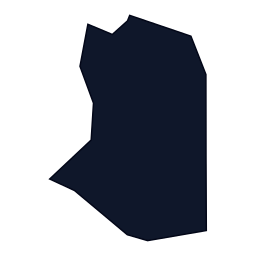 map outline of Aizkraukles (Albers equal-area conic projection)
{"feature_id": "LVA-5730", "entity_name": "Aizkraukles", "entity_type": "Municipality", "adm_level": 1, "iso_a3": "LVA", "parent_name": "Latvia", "parent_adm1": "", "projection": "albers", "projection_center": [25.215, 56.647], "detail": "fine", "context": "isolated", "style": "filled", "palette": "ink", "viewbox_px": 256, "rotation_deg": 0, "n_neighbors": 0, "source": "natural_earth", "source_scale": "10m", "svg_char_len": 322}
<svg xmlns="http://www.w3.org/2000/svg" viewBox="0 0 256 256"><path d="M129.7,15.4L190.9,36.2L205.9,74.5L206.0,156.3L206.3,230.5L147.6,240.6L127.3,234.7L100.7,212.4L74.5,190.5L49.7,179.0L91.2,140.0L93.5,103.1L80.0,66.3L87.9,24.3L112.3,34.5L127.5,20.9L129.7,15.4Z" fill="#0f172a" stroke="#020617" stroke-width="1.5"/></svg>